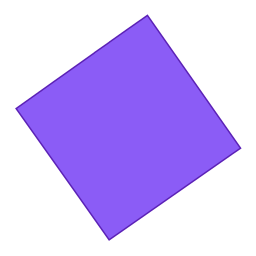 the district of Stevens, Kansas, United States of America, rotated 145°
{"feature_id": "52423323B61357262089532", "entity_name": "Stevens", "entity_type": "district", "adm_level": 2, "iso_a3": "USA", "parent_name": "United States of America", "parent_adm1": "Kansas", "projection": "albers", "projection_center": [-101.316, 37.192], "detail": "fine", "context": "isolated", "style": "filled", "palette": "violet", "viewbox_px": 256, "rotation_deg": 145, "n_neighbors": 0, "source": "geoboundaries", "source_scale": "gbopen_adm2", "svg_char_len": 363}
<svg xmlns="http://www.w3.org/2000/svg" viewBox="0 0 256 256"><g transform="rotate(145 128 128)"><path d="M200.5,47.2L57.5,47.0L47.4,46.9L47.5,209.1L59.4,209.1L70.5,209.1L93.7,209.0L94.1,208.9L105.8,208.9L111.9,208.9L112.5,208.8L160.3,208.5L160.8,208.5L208.5,208.1L207.8,101.2L207.6,47.2L200.5,47.2Z" fill="#8b5cf6" stroke="#5b21b6" stroke-width="1.5"/></g></svg>